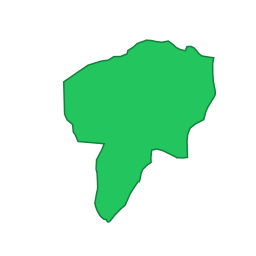 As Sudah, Amran, Yemen (Mercator projection), rotated 196°
{"feature_id": "15242507B6956753308423", "entity_name": "As Sudah", "entity_type": "district", "adm_level": 2, "iso_a3": "YEM", "parent_name": "Yemen", "parent_adm1": "Amran", "projection": "mercator", "projection_center": [43.761, 15.968], "detail": "fine", "context": "isolated", "style": "filled", "palette": "green", "viewbox_px": 256, "rotation_deg": 196, "n_neighbors": 0, "source": "geoboundaries", "source_scale": "gbopen_adm2", "svg_char_len": 2881}
<svg xmlns="http://www.w3.org/2000/svg" viewBox="0 0 256 256"><g transform="rotate(196 128 128)"><path d="M64.9,219.1L67.8,218.7L68.5,218.6L76.9,217.6L80.1,218.9L80.3,219.0L84.8,222.1L85.0,222.2L85.4,222.5L86.4,223.1L89.8,223.8L93.8,222.5L94.1,218.1L99.4,217.8L104.0,218.7L107.0,220.4L113.3,222.7L113.6,222.5L119.2,219.7L125.2,218.8L129.8,218.5L133.9,217.6L134.0,217.6L135.0,217.3L136.0,216.2L137.0,215.6L139.8,213.7L142.5,211.6L145.1,207.3L149.5,202.4L149.3,199.0L155.0,194.6L161.3,192.7L165.5,187.9L167.1,187.2L172.0,185.0L172.6,184.7L178.9,180.5L183.8,177.3L202.5,154.7L200.3,147.7L192.8,123.9L190.2,120.7L188.4,118.8L182.2,116.1L179.4,108.9L176.8,106.9L173.8,103.2L172.3,101.3L172.1,101.3L146.6,106.3L147.1,100.5L149.5,88.6L149.4,88.5L148.4,84.2L147.4,79.8L145.2,75.9L142.8,68.8L140.9,62.9L140.7,61.6L140.5,61.2L140.5,60.8L140.3,59.9L140.3,59.6L140.3,59.1L140.3,58.7L140.3,58.4L140.3,57.6L139.1,46.4L138.8,46.0L138.5,45.5L138.3,45.1L137.8,44.1L137.4,43.6L137.0,43.0L136.7,42.6L136.3,42.0L135.8,41.3L135.7,41.1L135.5,40.8L135.2,40.5L135.0,40.3L134.5,39.8L134.3,39.5L133.9,39.1L133.5,38.7L133.2,38.4L132.9,38.2L132.7,38.0L132.5,37.7L132.2,37.5L131.8,37.0L131.6,36.8L131.3,36.5L131.0,36.3L130.5,36.0L130.0,35.6L129.7,35.5L129.4,35.2L129.0,35.0L128.8,34.9L128.4,34.7L128.0,34.5L127.7,34.5L127.4,34.3L126.9,34.0L126.7,33.9L126.3,33.7L125.9,33.7L125.5,33.7L124.9,33.8L124.5,33.9L124.2,33.9L123.9,33.9L123.5,33.7L123.0,33.2L122.7,32.8L122.4,32.6L122.1,32.4L121.8,32.2L121.5,32.2L121.2,32.2L120.7,32.4L120.3,32.8L120.1,33.0L119.9,33.3L119.6,33.7L119.4,34.1L119.2,34.6L119.0,35.1L118.8,35.5L118.7,35.9L118.4,36.3L118.3,36.6L118.1,37.0L117.9,37.6L117.7,38.1L117.6,38.4L117.4,38.8L117.3,39.1L117.2,39.5L117.1,39.9L116.8,40.2L116.7,40.7L116.5,41.0L116.3,41.5L116.1,41.8L115.9,42.1L115.7,42.4L115.6,42.7L115.3,43.2L115.2,43.7L115.0,44.1L114.7,44.4L114.5,44.7L114.3,45.0L114.1,45.3L114.0,45.6L113.7,46.2L113.4,46.8L113.0,47.5L112.6,48.3L112.2,48.8L112.1,49.1L111.8,49.5L111.4,50.1L111.2,50.4L111.0,50.7L110.7,51.1L110.4,51.6L110.2,52.0L109.8,52.6L109.6,52.9L109.4,53.3L107.8,65.5L103.7,78.9L102.5,79.5L102.3,82.1L102.9,88.2L102.4,92.2L99.2,97.9L96.3,101.4L96.5,101.8L96.6,102.2L96.7,102.5L96.9,103.1L97.0,103.5L97.1,103.8L97.3,104.2L97.4,104.6L97.5,104.9L97.7,105.3L97.8,105.7L99.1,113.2L94.5,115.8L88.1,115.8L74.0,113.3L73.2,112.8L71.3,113.3L66.8,114.4L62.7,116.1L67.8,132.1L68.9,138.5L68.3,144.8L64.7,150.1L57.5,156.9L57.5,158.2L57.6,159.9L57.6,161.3L57.6,163.0L57.7,164.3L57.6,165.6L57.4,167.2L57.2,168.7L56.9,170.3L56.6,171.7L56.2,173.0L55.8,174.4L55.3,175.9L55.1,177.3L54.6,178.7L54.2,180.1L53.7,181.7L53.5,183.3L53.5,184.6L53.8,186.1L54.5,187.7L55.0,188.9L55.7,190.3L56.6,191.8L57.2,193.2L57.8,194.4L58.5,195.7L59.1,197.1L59.6,198.6L60.2,200.0L60.8,201.8L61.3,203.1L61.7,204.3L62.1,205.6L64.4,213.4L64.8,218.0L64.9,219.1Z" fill="#22c55e" stroke="#15803d" stroke-width="1.5"/></g></svg>